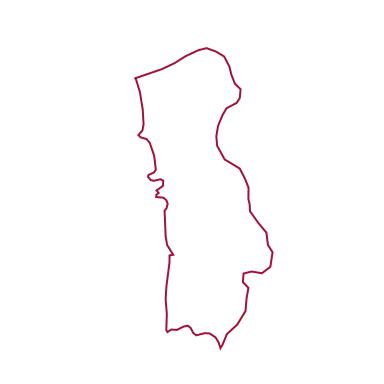 Thongchon, Kangwŏn-do, North Korea, rotated 211°
{"feature_id": "82179303B46927697528233", "entity_name": "Thongchon", "entity_type": "district", "adm_level": 2, "iso_a3": "PRK", "parent_name": "North Korea", "parent_adm1": "Kangwŏn-do", "projection": "robinson", "projection_center": [127.81, 38.946], "detail": "fine", "context": "isolated", "style": "outline", "palette": "rose", "viewbox_px": 384, "rotation_deg": 211, "n_neighbors": 0, "source": "geoboundaries", "source_scale": "gbopen_adm2", "svg_char_len": 1318}
<svg xmlns="http://www.w3.org/2000/svg" viewBox="0 0 384 384"><g transform="rotate(211 192 192)"><path d="M132.4,205.4L136.3,211.2L140.1,215.1L145.8,224.9L153.6,230.8L163.2,236.7L180.7,236.7L194.2,244.5L199.9,252.4L203.7,262.1L205.5,273.9L205.5,281.7L199.6,291.4L199.5,297.3L203.3,305.1L211.1,307.0L215.5,310.4L218.8,312.9L224.6,318.8L234.2,324.7L243.9,324.7L253.6,322.8L258.4,318.0L259.5,316.9L267.4,305.2L273.3,293.5L281.1,281.8L290.9,270.2L299.2,260.3L297.4,259.2L288.2,250.9L276.7,237.3L268.4,225.1L266.2,219.3L267.2,213.1L264.1,212.4L258.3,214.0L253.6,212.4L243.2,203.7L234.5,192.5L234.7,189.1L238.1,184.1L237.5,182.4L233.5,180.9L230.3,182.1L225.6,186.7L222.6,186.9L220.0,182.5L223.2,175.0L220.1,174.0L221.1,171.2L220.1,169.2L213.7,172.4L209.7,171.7L206.8,169.4L205.5,165.0L205.8,161.7L202.4,156.6L191.8,140.5L186.1,133.8L175.8,128.5L178.6,126.1L174.9,119.8L165.4,98.1L159.5,86.7L156.2,82.1L150.7,74.4L142.9,60.4L140.9,59.3L138.8,63.5L133.9,66.0L130.1,72.1L126.7,75.3L123.2,74.8L118.3,71.8L114.6,71.3L108.4,77.5L104.2,79.8L96.9,79.5L91.5,76.6L88.5,74.0L87.2,72.8L87.1,76.4L88.9,88.1L84.9,101.8L84.9,109.6L84.8,117.4L90.5,129.1L94.3,138.9L102.0,140.9L105.8,148.7L100.0,154.5L90.2,158.4L86.3,168.2L91.9,181.8L99.7,185.8L107.3,195.5L118.9,199.5L132.4,205.4Z" fill="none" stroke="#9f1239" stroke-width="2"/></g></svg>